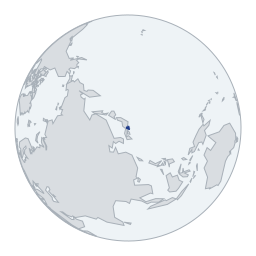 Mie on an orthographic globe, rotated 284°
{"feature_id": "JPN-1843", "entity_name": "Mie", "entity_type": "Prefecture", "adm_level": 1, "iso_a3": "JPN", "parent_name": "Japan", "parent_adm1": "", "projection": "orthographic", "projection_center": [136.438, 34.459], "detail": "fine", "context": "on_globe", "style": "filled", "palette": "blue", "viewbox_px": 256, "rotation_deg": 284, "n_neighbors": 0, "source": "natural_earth", "source_scale": "10m", "svg_char_len": 11639}
<svg xmlns="http://www.w3.org/2000/svg" viewBox="0 0 256 256"><g transform="rotate(284 128 128)"><circle cx="128" cy="128" r="113" fill="#eef3f6" stroke="#a8b0b8"/><path d="M202.6,198.1L202.5,198.6L202.4,198.7L202.6,198.1ZM219.6,62.4L218.6,61.6L220.7,64.0L222.9,67.4L222.6,66.9L221.3,65.0L218.6,62.4L218.4,63.5L212.8,60.2L202.2,52.2L203.3,51.7L200.6,50.1L199.1,50.8L198.7,51.7L187.5,49.4L181.3,54.1L182.9,58.4L179.7,55.5L185.2,66.0L184.1,71.7L183.1,63.6L181.3,61.6L179.5,64.4L177.3,63.0L175.1,63.7L172.7,61.8L172.3,57.6L170.7,56.4L169.5,58.5L166.2,58.3L168.2,55.2L162.8,54.5L161.1,48.0L168.5,42.5L165.5,38.4L167.4,32.0L165.0,31.5L164.3,29.2L161.3,27.9L162.5,27.4L159.1,26.8L158.6,27.6L156.9,27.7L155.1,27.1L156.3,26.2L157.4,26.3L156.8,25.8L158.2,25.7L156.5,25.4L158.2,24.6L153.9,24.5L153.0,23.1L154.9,22.9L158.1,24.0L170.4,27.2L173.2,27.8L174.0,27.2L168.3,23.4L170.0,23.8L169.8,23.5L167.3,22.5L166.5,22.5L161.8,21.0L161.4,21.5L159.4,21.1L157.7,21.4L154.3,20.2L151.9,19.0L153.2,18.8L152.2,18.4L148.0,17.9L147.5,17.1L144.6,16.6L152.6,18.1L160.6,20.2L168.3,22.8L175.9,26.1L183.2,29.8L190.2,34.1L196.9,38.9L203.2,44.1L209.1,49.8L214.6,55.9L219.6,62.4ZM226.7,120.6L225.8,118.5L227.0,118.8L226.7,120.6ZM224.8,118.0L225.2,118.5L224.7,118.2L224.8,118.0ZM224.2,118.3L224.6,118.1L224.2,118.5L224.2,118.3ZM223.4,118.9L223.8,118.5L223.4,118.9ZM222.0,119.2L221.6,119.2L221.9,118.6L222.0,119.2ZM198.9,52.4L199.3,51.0L201.5,51.1L201.5,52.3L198.9,52.4ZM194.4,52.8L194.0,51.6L197.0,53.0L196.3,53.2L194.4,52.8ZM184.5,62.0L185.2,60.5L185.3,62.5L184.5,62.0ZM175.3,64.1L175.8,65.1L174.4,65.1L175.3,64.1ZM159.7,22.0L158.7,21.7L159.5,21.8L159.7,22.0ZM159.8,22.5L161.5,22.9L161.8,23.2L160.8,23.0L159.8,22.5ZM169.4,62.3L167.1,62.1L169.4,61.5L169.4,62.3ZM157.7,22.1L162.1,23.7L162.6,24.3L159.2,24.0L157.7,22.1ZM165.7,61.5L160.2,61.4L160.8,63.4L155.9,57.9L162.2,59.6L164.9,58.5L164.4,60.2L165.7,61.5ZM159.2,28.1L159.7,27.3L160.9,28.6L159.2,28.1ZM160.4,29.0L166.7,33.5L165.1,34.6L163.3,32.8L162.5,35.0L158.7,33.3L158.2,31.7L160.0,31.2L157.2,31.0L160.4,29.0ZM154.0,55.0L152.6,54.5L154.0,54.3L154.0,55.0ZM156.4,27.8L157.8,28.5L156.5,29.6L153.4,28.3L154.8,28.4L156.4,27.8ZM164.2,36.4L162.7,37.1L159.2,35.9L158.1,36.0L158.5,33.3L164.2,36.4ZM154.2,27.8L151.9,27.7L150.9,26.7L154.9,27.2L154.2,27.8ZM157.4,30.4L156.7,30.8L156.1,30.2L157.4,30.4ZM146.0,23.4L147.7,24.1L147.2,24.6L146.0,23.4ZM151.1,27.7L151.5,28.1L151.5,28.4L149.8,28.1L151.1,27.7ZM155.9,32.7L154.8,32.2L155.6,33.8L153.0,33.1L153.7,31.5L152.3,31.9L151.5,31.7L153.0,30.6L155.9,32.7ZM148.0,29.0L148.0,27.0L144.9,25.5L145.3,25.0L150.2,27.4L148.0,29.0ZM150.8,30.0L149.2,29.2L150.5,28.8L152.4,29.1L150.8,30.0ZM151.0,33.2L154.8,34.7L154.6,35.0L151.0,33.2ZM146.9,28.6L146.9,29.1L146.5,28.5L146.9,28.6ZM149.4,31.8L150.8,32.3L150.5,32.6L149.4,31.8ZM145.8,29.8L145.8,29.1L147.1,29.3L145.8,29.8ZM147.3,30.8L146.5,31.2L147.6,29.7L148.0,30.9L147.3,30.8ZM148.9,32.1L149.1,32.4L148.4,31.9L148.9,32.1ZM140.9,29.8L142.0,28.0L144.9,28.2L143.4,30.0L140.9,29.8ZM42.0,55.3L42.2,55.1L35.8,63.9L33.8,68.2L39.1,63.4L42.5,56.1L46.4,51.9L46.4,55.2L44.0,62.4L45.5,61.0L49.8,54.4L52.2,54.3L51.7,52.1L49.7,54.3L49.4,53.2L51.2,51.1L51.9,51.1L53.5,48.7L49.5,50.1L47.1,52.4L49.4,48.3L45.6,52.0L45.2,52.1L51.4,45.9L53.0,44.7L62.3,37.1L60.8,37.9L52.0,45.3L53.4,43.8L51.4,45.5L54.1,43.1L64.2,35.3L66.4,33.7L73.4,29.5L80.6,25.8L81.2,25.5L78.3,27.0L79.7,26.3L77.0,27.8L77.5,28.3L75.5,29.8L79.7,28.8L79.3,29.5L76.9,29.9L74.1,31.1L69.5,35.8L69.8,36.3L73.0,35.3L71.3,36.9L74.9,35.4L74.3,38.1L78.1,33.8L81.9,33.0L83.8,34.1L85.7,33.2L82.7,31.5L80.9,31.5L78.2,32.7L73.9,32.8L74.6,31.6L81.8,28.9L83.5,27.0L88.3,26.2L93.5,30.8L93.5,33.6L85.0,39.9L82.6,39.5L84.5,36.9L79.0,40.0L81.3,39.4L79.9,40.9L83.2,40.9L82.4,42.0L86.9,40.3L86.3,41.7L83.4,42.7L87.7,44.3L87.5,47.2L88.8,47.1L90.4,46.2L89.1,50.8L90.1,50.5L91.0,48.9L93.6,47.3L97.9,46.6L97.2,48.2L95.6,48.7L91.1,52.4L86.9,53.7L87.1,54.3L90.6,53.6L96.0,49.1L98.7,48.2L96.5,50.4L97.5,49.5L98.6,49.6L99.1,51.3L101.7,48.9L115.3,48.8L117.5,52.4L114.0,54.1L122.8,56.7L124.7,61.2L125.4,59.6L130.1,60.1L129.6,58.7L130.3,58.0L142.2,59.5L144.4,61.4L150.4,60.9L150.8,60.1L149.5,58.7L155.9,57.9L160.8,63.4L159.7,64.7L163.6,67.5L160.4,70.4L159.5,74.2L153.8,76.2L153.6,79.3L155.2,80.1L156.1,85.1L152.6,93.4L148.6,83.2L152.4,71.5L150.2,75.8L148.7,73.9L146.7,75.0L145.3,78.3L146.4,79.2L133.8,81.0L126.5,89.0L132.0,89.9L133.9,93.5L130.4,104.9L114.6,117.0L117.0,123.1L116.2,126.3L111.9,127.3L113.0,122.5L110.0,119.8L111.3,117.1L104.7,117.5L106.3,113.7L100.5,116.2L101.1,119.8L106.2,120.6L100.6,124.8L104.0,131.7L102.7,138.4L91.5,147.1L82.6,147.6L81.7,149.4L79.0,146.0L74.1,148.3L78.1,161.6L77.5,164.7L70.2,168.0L70.3,165.6L63.1,156.4L60.8,163.2L66.2,172.0L68.0,179.8L63.4,175.6L61.7,168.5L59.1,165.1L60.5,159.0L59.8,148.2L55.2,147.7L56.2,143.9L54.5,133.6L48.3,132.5L38.1,136.7L35.5,145.8L32.5,147.7L31.6,130.3L33.9,120.4L31.9,119.2L32.4,107.8L28.4,98.6L29.3,95.5L28.2,94.8L28.8,89.6L30.8,84.9L30.5,83.1L25.6,95.6L26.1,97.7L28.6,96.5L27.0,100.4L26.6,106.4L21.7,109.8L18.2,104.5L20.4,97.2L30.7,72.8L31.8,71.4L31.9,71.2L32.2,70.8L30.6,72.7L33.2,68.4L25.0,83.4L22.6,89.0L18.1,104.7L17.9,105.1L17.3,109.2L18.2,113.7L17.7,115.9L15.7,122.6L15.4,124.0L16.0,115.7L17.3,107.5L19.1,99.3L21.5,91.3L24.5,83.6L28.1,76.0L32.2,68.8L36.8,61.8L42.0,55.3ZM38.8,73.8L39.0,78.5L43.4,72.7L43.8,74.1L45.1,71.7L43.7,72.2L47.5,66.3L49.2,67.2L51.5,65.3L51.5,63.6L47.8,63.0L42.2,71.3L40.3,71.9L38.8,73.8ZM90.2,22.3L87.9,23.2L86.9,23.4L89.5,22.2L91.0,21.8L90.2,22.3ZM84.9,24.4L91.3,22.6L89.9,23.5L89.6,23.2L88.0,24.0L87.1,23.9L79.6,26.9L78.2,27.3L83.8,24.4L82.7,25.0L85.0,24.0L84.9,24.4ZM109.9,18.7L112.7,18.6L106.1,20.6L104.3,20.5L106.8,19.1L110.4,18.4L109.9,18.7ZM150.7,21.4L152.1,21.7L151.8,21.9L150.3,21.8L150.7,21.4ZM146.8,23.7L143.9,20.4L145.4,20.5L141.9,18.8L144.6,18.6L146.8,19.6L146.2,18.3L149.2,19.2L148.4,18.4L153.0,20.8L155.7,21.7L151.7,20.7L149.1,20.8L148.9,21.2L150.1,23.0L154.8,25.4L153.0,26.2L150.5,26.1L149.1,25.7L150.7,25.2L147.7,24.9L149.0,24.0L146.8,23.7ZM122.5,28.4L124.9,27.5L119.1,28.0L120.3,26.5L119.6,26.7L119.1,25.5L117.2,24.5L118.3,24.0L117.1,23.8L116.8,23.2L115.5,22.9L116.9,21.8L115.5,21.4L117.0,21.2L114.1,20.8L116.9,20.7L116.7,20.0L114.1,20.5L124.9,17.1L127.3,16.2L127.8,15.7L132.5,15.9L135.0,16.8L135.9,18.1L132.9,19.1L135.6,19.2L134.9,19.7L133.1,19.4L135.5,20.2L134.5,20.7L135.3,22.7L139.4,23.9L139.8,24.8L137.7,24.6L139.6,25.7L135.8,25.8L136.0,26.5L132.5,27.6L128.3,26.9L128.8,27.7L126.2,28.7L122.5,28.4ZM139.8,30.0L134.5,29.2L132.5,28.1L139.5,26.9L139.8,26.2L144.2,25.7L146.9,27.3L145.4,27.3L144.6,27.7L144.1,27.0L143.9,27.9L141.8,27.9L141.1,28.6L139.6,28.1L139.8,30.0ZM53.2,43.8L52.1,44.8L51.1,45.7L53.2,43.8ZM60.7,37.7L62.2,36.6L62.3,36.6L60.7,37.7L60.7,37.7ZM76.5,30.4L76.0,31.0L75.1,31.4L74.4,31.4L76.5,30.4ZM105.6,30.5L107.3,29.9L107.7,30.1L111.6,29.9L111.1,31.1L108.4,31.7L105.6,30.5ZM38.4,63.2L37.8,63.1L38.7,61.8L38.7,62.1L38.4,63.2ZM43.6,53.8L41.5,56.6L43.3,54.1L43.6,53.8ZM105.6,31.7L107.3,31.5L106.0,32.2L105.6,31.7ZM110.8,32.0L109.6,32.9L111.4,31.2L110.8,32.0ZM94.7,203.4L98.0,204.5L98.0,204.9L94.7,203.4ZM91.1,201.1L94.9,202.2L90.5,201.8L91.1,201.1ZM96.4,202.6L100.2,202.7L101.9,202.4L101.7,203.2L96.4,202.6ZM88.5,200.5L75.3,196.2L70.3,193.3L71.3,192.2L79.5,195.5L88.5,200.5ZM70.9,192.0L63.4,184.7L54.2,166.9L57.5,168.9L67.3,181.5L66.7,182.6L71.2,187.9L70.9,192.0ZM89.7,190.3L89.0,194.1L81.6,191.6L78.3,189.9L76.0,183.9L77.3,181.6L79.9,182.6L91.0,176.5L94.7,179.8L91.2,182.9L94.2,187.3L89.7,190.3ZM35.7,147.0L36.5,154.0L35.0,153.7L35.7,147.0ZM96.1,171.0L91.2,174.0L95.8,169.5L96.1,171.0ZM99.2,166.2L99.2,168.5L97.6,165.9L99.2,166.2ZM81.1,152.5L78.2,152.0L78.4,150.4L82.2,150.1L81.1,152.5ZM101.7,144.0L100.7,148.7L99.7,150.2L99.0,146.9L101.7,144.0ZM103.1,43.4L98.2,42.2L94.3,42.5L91.5,44.4L93.4,41.4L99.4,40.9L103.1,43.4ZM113.8,47.8L116.2,46.5L116.6,47.6L116.1,48.1L113.8,47.8ZM114.3,46.6L114.6,44.0L116.9,43.6L116.2,45.7L114.3,46.6ZM109.9,37.3L108.5,36.8L109.6,36.1L109.9,37.3ZM177.6,228.0L179.5,227.4L176.5,229.2L172.0,231.4L167.2,233.2L177.6,228.0ZM141.6,237.5L140.3,236.4L145.5,235.9L144.3,237.1L141.6,237.5ZM180.8,226.2L183.4,224.2L183.3,222.7L184.3,223.7L187.7,222.2L180.7,226.9L180.8,226.2ZM119.4,230.6L98.9,230.9L94.0,229.3L94.4,228.0L88.3,221.5L89.8,222.0L87.8,217.8L99.5,217.1L107.6,211.5L115.1,213.1L120.1,208.3L128.1,209.5L126.2,213.6L135.1,216.8L139.7,207.5L146.4,217.5L153.7,220.5L157.3,225.5L149.0,233.6L143.0,235.3L141.3,234.8L139.0,235.5L134.5,235.3L130.9,233.0L128.6,233.7L130.3,231.9L127.3,233.4L124.4,231.7L119.4,230.6ZM177.0,213.0L178.5,212.9L181.2,213.8L178.8,214.1L177.0,213.0ZM198.9,201.5L199.8,201.9L198.1,202.7L198.9,201.5ZM202.4,198.7L200.4,199.9L202.6,198.1L202.4,198.7ZM183.4,206.1L184.3,206.5L183.7,206.8L183.4,206.1ZM182.8,206.0L183.5,204.9L183.6,205.9L182.8,206.0ZM175.2,202.0L176.0,201.4L176.4,201.7L175.2,202.0ZM103.1,205.6L107.7,203.6L110.4,203.8L103.1,205.6ZM173.9,201.1L171.8,201.3L171.9,200.7L173.9,201.1ZM173.9,199.8L173.6,199.0L175.1,200.7L173.9,199.8ZM169.7,198.5L172.4,199.6L169.4,198.7L169.7,198.5ZM168.2,198.9L166.4,198.4L166.5,198.1L168.2,198.9ZM148.4,201.1L155.3,205.8L150.1,205.8L144.1,202.8L140.0,205.6L130.3,204.6L132.3,203.0L130.9,200.2L121.2,198.1L119.3,196.0L122.6,195.2L116.4,192.9L123.2,192.9L126.1,197.1L130.0,194.5L136.9,195.7L143.9,197.2L149.8,200.0L148.4,201.1ZM123.5,201.3L124.7,201.4L123.7,202.4L123.5,201.3ZM162.8,196.7L165.5,198.2L165.2,198.7L163.9,198.5L162.8,196.7ZM151.1,199.4L157.3,196.1L158.8,196.1L154.7,199.7L151.1,199.4ZM155.6,194.2L158.6,194.5L160.3,196.1L159.7,196.6L155.6,194.2ZM109.6,195.8L109.3,196.9L107.6,195.7L109.6,195.8ZM111.8,195.6L117.0,197.5L111.3,196.4L111.8,195.6ZM96.5,188.8L97.9,191.7L102.5,191.1L99.0,192.6L102.2,197.4L101.2,198.7L98.0,193.6L97.1,197.9L95.1,197.4L93.8,193.2L95.8,188.8L97.8,187.3L106.1,188.2L96.5,188.8ZM111.7,192.5L110.3,189.3L111.4,187.5L112.8,189.3L111.7,192.5ZM106.5,181.2L103.2,176.9L100.0,177.6L106.8,173.9L108.8,178.7L106.5,181.2ZM104.1,172.7L101.0,173.3L104.4,171.0L104.1,172.7ZM100.4,171.9L100.3,169.2L102.6,170.1L100.4,171.9ZM105.6,173.1L106.6,168.9L107.6,171.7L105.6,173.1ZM100.0,163.2L104.5,168.6L98.2,165.3L99.1,156.7L101.8,157.2L100.0,163.2ZM122.3,131.4L122.3,128.7L125.1,128.6L124.3,130.4L122.3,131.4ZM134.1,126.5L125.8,127.7L119.1,128.9L120.7,130.4L118.3,134.5L116.5,129.9L121.9,126.0L126.8,125.9L128.4,122.4L132.6,120.6L133.1,115.9L135.3,114.3L136.3,118.5L134.1,126.5ZM133.2,114.0L135.6,106.1L140.4,108.0L141.0,110.2L137.8,112.9L135.5,111.7L133.2,114.0ZM137.6,104.9L135.3,103.7L134.2,91.5L135.1,89.4L138.6,99.3L136.6,98.8L136.1,101.6L137.6,104.9ZM152.6,55.4L152.6,54.6L153.5,55.4L152.6,55.4ZM129.9,57.2L131.1,56.4L132.1,57.3L129.9,57.2ZM134.8,54.8L132.8,54.3L135.2,54.2L134.8,54.8ZM128.5,53.4L132.2,53.8L128.3,54.4L128.5,53.4Z" fill="#d9dde1" stroke="#a8b0b8" stroke-width="1"/><path d="M128.5,126.9L128.4,126.9L128.4,127.0L128.2,127.3L128.1,127.5L128.3,127.7L128.3,127.8L128.5,127.9L128.7,128.0L128.8,128.0L128.7,128.1L128.8,128.2L128.7,128.2L128.7,128.3L128.8,128.3L128.7,128.4L128.4,128.3L128.5,128.3L128.4,128.2L128.4,128.3L128.2,128.4L128.1,128.5L128.1,128.4L128.0,128.5L127.9,128.5L127.7,128.7L127.6,128.8L127.7,129.0L127.7,128.9L127.6,129.0L127.4,129.2L127.3,129.4L127.3,129.5L127.2,129.5L127.2,129.4L127.0,129.2L127.3,129.0L127.3,128.9L127.5,128.9L127.4,128.8L127.5,128.7L127.5,128.4L127.4,128.2L127.5,128.1L127.6,127.9L127.4,127.8L127.4,127.7L127.3,127.4L127.5,127.3L127.5,127.2L127.8,127.2L128.0,127.0L128.0,126.9L128.0,126.7L127.9,126.6L128.1,126.5L128.3,126.6L128.4,126.8L128.5,126.8L128.5,126.9ZM128.7,127.9L128.8,127.8L128.7,127.9L128.7,127.9ZM128.7,127.9L128.8,127.9L128.7,128.0L128.7,127.9L128.7,127.9Z" fill="#3b82f6" stroke="#1e3a8a" stroke-width="1.5"/></g></svg>